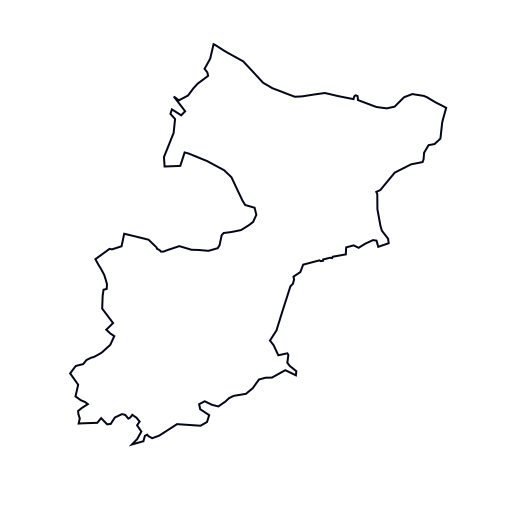 Al Hasahisa, Gezira, Sudan, rotated 98°
{"feature_id": "16777658B35693507625874", "entity_name": "Al Hasahisa", "entity_type": "district", "adm_level": 2, "iso_a3": "SDN", "parent_name": "Sudan", "parent_adm1": "Gezira", "projection": "albers", "projection_center": [32.94, 14.812], "detail": "fine", "context": "isolated", "style": "outline", "palette": "ink", "viewbox_px": 512, "rotation_deg": 98, "n_neighbors": 0, "source": "geoboundaries", "source_scale": "gbopen_adm2", "svg_char_len": 2805}
<svg xmlns="http://www.w3.org/2000/svg" viewBox="0 0 512 512"><g transform="rotate(98 256 256)"><path d="M52.1,327.3L52.1,327.5L66.9,328.8L73.2,331.2L77.8,333.0L81.0,329.7L84.3,328.5L92.4,336.7L93.5,337.8L98.8,341.4L106.5,345.6L112.6,354.0L109.5,359.6L122.5,346.3L127.1,349.7L122.5,359.7L127.2,360.5L131.6,355.2L145.6,354.7L170.8,360.9L180.1,359.0L178.2,348.4L177.3,343.5L163.4,341.1L163.9,337.0L168.8,317.6L175.5,299.5L181.4,291.3L202.9,277.2L207.0,273.8L208.4,264.1L215.2,261.4L222.7,263.6L226.7,267.6L232.4,274.4L235.6,283.5L236.4,286.2L237.7,291.2L240.2,292.9L250.4,293.6L253.6,295.0L257.5,303.8L258.0,313.4L258.8,320.7L256.9,333.3L262.5,344.6L264.5,348.2L264.9,350.8L263.7,352.1L263.2,353.3L262.6,355.1L261.3,355.7L254.8,364.7L252.3,389.6L265.1,390.5L269.5,399.6L269.3,402.0L281.5,414.6L286.6,410.8L290.6,407.5L295.8,403.7L300.4,401.5L304.8,399.6L309.4,399.3L310.6,402.3L316.9,402.3L329.5,401.0L342.3,388.2L349.8,394.0L352.9,389.7L355.1,385.2L364.2,387.9L373.2,395.4L376.1,399.1L378.7,402.7L379.6,405.0L382.6,409.4L387.1,412.1L390.0,419.2L398.1,423.7L408.2,414.2L420.2,415.2L423.2,409.4L424.4,404.9L426.1,401.9L430.6,407.2L434.2,410.6L437.2,409.9L441.4,407.9L446.6,408.3L445.7,403.8L443.3,390.0L438.1,386.8L443.4,380.0L442.5,376.5L435.6,373.3L431.2,366.7L431.6,363.3L434.8,359.8L433.4,358.0L430.5,356.4L431.2,355.1L432.8,351.8L436.2,348.2L440.2,350.2L445.8,345.1L453.9,348.2L459.9,352.6L455.1,341.7L449.6,341.0L448.1,339.0L449.3,337.5L450.9,333.5L447.4,326.9L433.5,310.8L431.8,287.3L427.2,281.4L420.1,280.2L415.5,289.9L410.7,291.7L407.0,286.6L409.5,278.9L410.2,272.3L405.6,267.4L404.6,266.2L400.5,262.9L397.6,258.6L393.9,246.8L387.3,240.8L377.9,235.9L375.2,229.6L374.2,223.3L365.0,211.1L368.6,199.9L364.5,200.0L360.2,207.2L357.4,210.1L349.5,210.2L348.0,211.4L351.2,220.1L341.8,226.2L337.8,230.4L327.0,225.4L307.4,222.2L299.3,220.8L281.2,217.7L278.4,215.6L274.1,215.0L271.2,216.0L265.8,209.9L263.0,209.2L258.0,208.1L251.5,192.6L252.1,191.2L251.4,189.0L250.1,189.0L247.4,182.4L247.5,180.4L246.0,179.8L241.9,167.3L234.9,167.9L231.9,160.8L233.6,155.5L228.8,149.8L224.0,142.4L224.0,138.8L229.9,136.2L224.9,126.4L220.5,127.6L213.4,134.9L208.7,137.0L192.7,142.3L177.9,144.5L175.8,145.8L173.4,142.1L154.1,130.2L143.6,115.1L139.8,104.1L136.9,103.5L130.3,103.9L122.2,100.5L120.3,94.8L114.1,89.7L98.0,90.2L94.9,89.9L82.8,88.3L82.3,89.7L81.1,93.0L78.9,99.5L74.9,109.0L74.1,112.2L73.9,123.8L78.2,131.5L88.8,139.5L91.6,147.1L91.7,157.2L91.0,160.7L87.4,176.7L83.5,177.7L83.0,179.7L84.2,180.9L87.1,181.3L86.2,197.2L85.0,210.5L88.1,221.3L91.5,232.5L92.2,236.0L92.9,239.7L91.0,248.2L89.8,253.2L87.6,263.0L83.4,273.2L79.6,277.8L71.2,288.1L65.0,295.8L63.1,300.8L59.0,311.6L57.2,316.0L52.8,325.6L52.8,325.8L52.5,326.4L52.5,326.6L52.4,326.8L52.3,327.0L52.1,327.3Z" fill="none" stroke="#020617" stroke-width="2"/></g></svg>